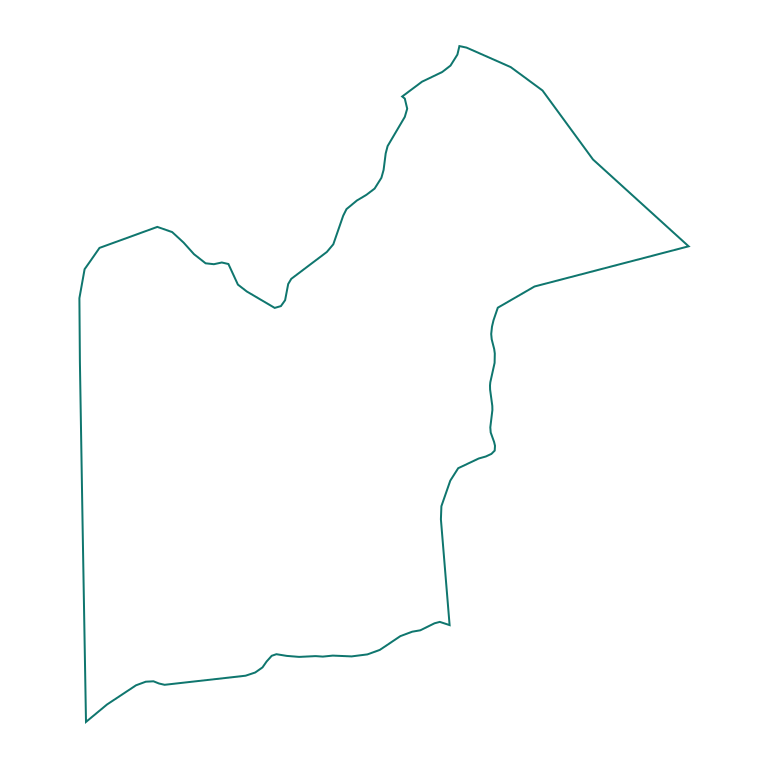 the border of Orange Walk
{"feature_id": "BLZ-1326", "entity_name": "Orange Walk", "entity_type": "District", "adm_level": 1, "iso_a3": "BLZ", "parent_name": "Belize", "parent_adm1": "", "projection": "albers", "projection_center": [-88.77, 17.784], "detail": "fine", "context": "isolated", "style": "outline", "palette": "teal", "viewbox_px": 768, "rotation_deg": 0, "n_neighbors": 0, "source": "natural_earth", "source_scale": "10m", "svg_char_len": 1309}
<svg xmlns="http://www.w3.org/2000/svg" viewBox="0 0 768 768"><path d="M86.0,721.9L82.5,519.5L79.9,361.8L79.4,298.2L84.6,269.2L89.9,261.7L99.5,247.9L157.3,226.9L172.2,232.1L183.6,242.6L194.0,254.2L205.6,263.3L213.9,264.2L221.8,262.5L228.4,264.0L237.9,284.6L246.8,291.5L274.7,307.9L280.9,306.1L285.1,300.2L288.2,284.0L291.3,278.8L326.8,252.0L333.3,244.3L343.2,215.7L346.5,209.1L356.9,200.5L366.3,194.9L374.6,188.6L381.4,177.8L383.6,169.9L385.7,153.4L387.6,146.1L404.8,116.9L407.2,108.7L404.8,98.6L402.2,96.5L422.0,81.7L442.2,72.0L450.5,65.6L457.4,54.6L459.4,46.1L466.5,47.6L510.7,67.1L542.5,90.5L593.0,159.5L688.6,246.3L534.5,286.5L497.8,307.7L493.5,320.3L492.0,326.6L491.2,334.0L491.7,339.3L494.2,349.1L494.8,353.5L494.6,362.9L490.3,382.3L490.0,385.5L490.1,389.6L492.3,405.9L492.4,410.0L490.3,427.4L490.7,432.5L494.1,442.0L495.0,445.8L494.7,450.6L491.4,453.9L485.8,456.5L478.7,458.5L458.2,468.2L450.3,480.6L441.4,506.2L440.9,519.3L449.6,625.1L439.8,621.9L434.5,623.3L420.3,630.3L412.2,631.7L400.4,636.1L379.8,649.9L367.4,654.4L351.6,656.4L332.8,655.6L322.8,656.6L315.6,656.1L299.2,656.9L286.8,655.9L276.4,654.2L271.7,655.8L266.6,661.5L262.5,667.4L255.2,672.5L245.6,675.7L164.6,684.8L159.0,683.5L153.5,681.3L145.8,681.7L136.0,685.3L107.0,704.5L86.0,721.9Z" fill="none" stroke="#0f766e" stroke-width="2"/></svg>